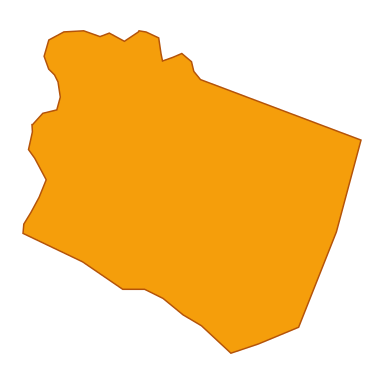 Mellerud, Västra Götaland, Sweden (Albers equal-area conic projection)
{"feature_id": "70781695B28344262532925", "entity_name": "Mellerud", "entity_type": "district", "adm_level": 2, "iso_a3": "SWE", "parent_name": "Sweden", "parent_adm1": "Västra Götaland", "projection": "albers", "projection_center": [12.416, 58.693], "detail": "fine", "context": "isolated", "style": "filled", "palette": "amber", "viewbox_px": 384, "rotation_deg": 0, "n_neighbors": 0, "source": "geoboundaries", "source_scale": "gbopen_adm2", "svg_char_len": 652}
<svg xmlns="http://www.w3.org/2000/svg" viewBox="0 0 384 384"><path d="M32.0,124.8L32.4,131.9L28.5,149.6L34.7,158.2L46.2,179.8L39.1,197.3L30.9,212.5L23.8,224.1L23.0,233.4L82.5,261.8L122.7,289.3L144.6,289.3L163.0,298.4L183.1,314.9L201.5,325.8L230.9,353.2L258.3,344.0L297.3,327.8L298.6,327.3L336.4,231.9L361.0,140.1L200.5,79.6L193.8,71.4L191.5,61.7L181.8,53.5L172.9,57.3L162.5,61.0L161.0,53.6L158.7,37.9L146.1,32.0L139.0,30.8L138.3,32.0L124.4,41.3L109.3,33.1L100.0,36.6L83.7,30.8L63.9,31.9L48.8,40.0L44.1,56.3L48.7,69.1L54.5,74.9L58.0,81.9L60.3,97.1L56.8,109.9L42.8,113.3L32.3,124.9L32.0,124.8Z" fill="#f59e0b" stroke="#b45309" stroke-width="1.5"/></svg>